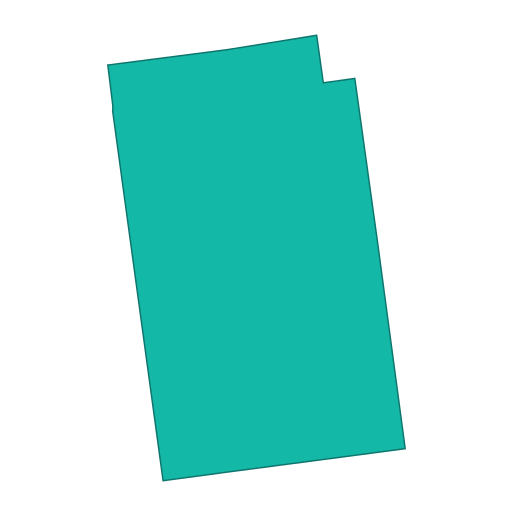 Wabash, Indiana, United States of America, rotated 353°
{"feature_id": "52423323B5962207339550", "entity_name": "Wabash", "entity_type": "district", "adm_level": 2, "iso_a3": "USA", "parent_name": "United States of America", "parent_adm1": "Indiana", "projection": "orthographic", "projection_center": [-85.796, 40.849], "detail": "fine", "context": "isolated", "style": "filled", "palette": "teal", "viewbox_px": 512, "rotation_deg": 353, "n_neighbors": 0, "source": "geoboundaries", "source_scale": "gbopen_adm2", "svg_char_len": 319}
<svg xmlns="http://www.w3.org/2000/svg" viewBox="0 0 512 512"><g transform="rotate(353 256 256)"><path d="M132.2,48.4L132.2,89.9L131.4,95.1L136.4,467.7L197.0,467.0L350.6,465.7L380.6,465.4L378.3,256.2L375.7,91.8L343.9,92.3L343.1,44.3L253.0,47.7L132.2,48.4Z" fill="#14b8a6" stroke="#0f766e" stroke-width="1.5"/></g></svg>